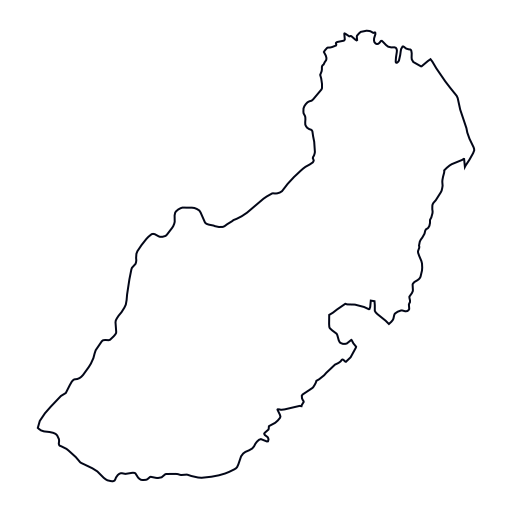 Que Son, Quàng Nam, Vietnam (Robinson projection)
{"feature_id": "81297802B89611140069217", "entity_name": "Que Son", "entity_type": "district", "adm_level": 2, "iso_a3": "VNM", "parent_name": "Vietnam", "parent_adm1": "Quàng Nam", "projection": "robinson", "projection_center": [108.254, 15.725], "detail": "fine", "context": "isolated", "style": "outline", "palette": "ink", "viewbox_px": 512, "rotation_deg": 0, "n_neighbors": 0, "source": "geoboundaries", "source_scale": "gbopen_adm2", "svg_char_len": 5980}
<svg xmlns="http://www.w3.org/2000/svg" viewBox="0 0 512 512"><path d="M129.4,279.3L127.1,294.4L126.6,300.1L125.8,304.6L124.4,307.6L121.5,312.2L118.6,315.7L116.9,318.3L115.8,320.4L115.5,322.3L116.2,331.8L116.1,333.0L115.3,334.4L113.7,336.3L110.0,339.8L108.6,340.2L105.6,340.0L104.0,340.1L102.8,340.4L101.7,341.4L95.7,350.2L94.6,353.5L93.4,358.1L90.9,363.6L88.8,367.0L86.2,370.6L83.1,374.9L81.3,376.8L79.5,378.1L77.3,379.0L74.3,379.4L73.3,380.0L71.8,381.6L69.8,385.1L65.8,393.0L60.9,396.0L50.9,406.5L45.0,413.2L39.8,420.9L37.8,427.9L38.9,428.9L41.0,430.4L44.0,431.4L49.5,432.0L53.1,432.8L55.0,433.6L56.1,434.3L57.2,435.5L58.9,439.1L59.1,440.9L58.8,443.8L59.3,445.3L59.7,445.7L61.3,446.3L66.5,448.9L68.5,450.5L75.8,457.1L80.2,462.3L81.1,462.9L92.4,468.3L97.3,471.4L103.7,477.8L105.8,479.4L107.4,480.3L110.9,481.1L112.6,481.3L113.7,481.0L114.6,480.5L115.3,479.3L116.0,477.5L117.8,475.0L119.2,473.9L120.5,473.3L121.8,473.2L125.4,473.9L132.3,472.8L133.6,472.8L134.8,473.0L135.5,473.5L138.1,477.6L139.5,478.9L141.0,479.8L142.4,480.0L143.6,480.0L146.0,479.8L147.3,479.3L150.0,477.0L150.7,476.8L156.2,477.9L158.0,478.0L161.6,477.3L165.2,474.3L166.1,474.0L175.6,473.9L177.8,474.1L180.3,474.9L181.4,475.0L186.7,474.6L187.7,474.8L191.3,476.0L198.0,477.5L201.5,477.8L211.6,476.7L218.9,475.3L225.1,473.5L229.1,471.9L234.4,469.3L236.0,468.3L237.1,467.1L238.3,464.5L241.1,456.3L243.2,453.5L245.4,451.9L249.1,450.3L252.2,448.5L254.0,446.4L255.4,443.7L257.0,441.6L259.0,439.8L260.9,439.1L267.0,441.5L268.0,441.3L268.5,439.4L268.2,438.2L267.6,437.1L264.8,435.0L264.2,433.8L264.5,433.1L265.3,432.3L268.4,429.6L268.7,428.8L268.9,426.3L269.2,426.0L275.2,422.8L277.8,420.5L279.9,418.0L280.3,417.0L280.4,416.4L279.8,414.5L277.6,410.0L277.5,409.5L277.7,409.3L278.9,409.3L281.0,409.8L282.1,409.7L284.6,409.4L299.6,405.9L301.5,406.2L301.8,405.0L303.7,401.9L303.4,400.9L302.7,399.9L302.0,398.3L301.8,395.7L302.6,394.5L312.5,387.9L313.2,387.2L314.7,384.8L315.8,382.7L316.4,380.8L319.1,379.3L324.1,375.3L326.3,372.8L335.0,364.6L337.8,363.3L339.3,362.4L340.7,361.3L341.7,359.9L342.4,359.5L342.7,359.5L343.7,360.1L345.1,361.5L345.9,361.8L350.6,357.3L355.9,347.6L356.1,346.7L353.4,343.4L351.7,340.2L351.3,339.9L346.8,343.5L345.1,343.9L343.0,343.9L341.1,343.2L339.9,342.5L338.8,340.5L337.3,335.1L336.6,333.7L332.2,330.4L329.8,328.2L329.3,326.9L329.1,324.0L329.2,314.9L332.9,312.7L337.0,309.5L345.3,303.8L347.2,304.4L354.9,304.6L364.1,307.0L368.8,309.2L369.4,309.1L370.2,307.0L370.8,300.6L374.5,301.2L374.8,305.1L374.8,310.8L375.7,312.4L377.4,314.1L385.6,320.7L388.9,324.0L391.3,321.8L392.7,320.1L393.4,318.7L394.2,315.1L394.8,313.7L395.9,312.9L397.7,311.7L401.2,310.4L402.4,310.5L405.3,311.3L406.4,311.2L407.5,311.0L408.7,309.9L409.1,309.3L409.2,308.5L408.9,304.6L409.3,303.3L409.9,302.4L410.0,301.5L410.0,300.4L409.4,297.7L409.4,296.6L411.9,293.1L412.8,291.1L412.9,289.9L412.6,284.6L412.9,283.7L414.4,282.0L417.3,280.3L418.8,279.2L419.7,278.2L420.5,276.8L422.0,270.5L422.2,267.6L422.0,263.5L421.4,261.1L419.2,255.9L418.1,252.8L418.0,251.2L419.2,247.9L419.3,246.8L419.0,245.6L419.8,241.6L420.8,239.6L422.3,237.6L424.5,233.7L425.2,230.8L425.9,229.4L427.7,228.3L428.3,227.7L429.4,225.8L430.0,223.0L430.0,220.4L430.1,219.7L431.3,217.5L432.5,213.1L432.6,211.4L432.3,209.3L432.3,207.2L432.4,205.1L432.9,203.8L433.5,202.8L435.8,200.2L440.8,192.3L441.6,190.7L442.2,188.2L442.6,185.8L442.3,181.8L442.4,180.2L443.0,176.9L444.1,172.8L444.3,171.2L444.2,170.4L446.8,167.8L449.6,165.5L451.7,164.2L462.2,159.9L463.7,158.9L464.1,159.0L464.9,166.9L465.5,165.7L469.4,159.8L473.1,153.2L474.2,150.4L474.1,148.9L473.6,147.3L469.5,138.8L467.3,132.6L466.4,128.1L460.2,109.6L457.7,98.1L456.7,95.9L450.1,87.7L445.2,81.3L436.3,68.3L432.4,61.7L430.5,59.2L427.8,61.1L421.6,66.3L420.9,66.3L413.3,62.0L411.8,59.4L411.6,57.6L411.7,53.2L411.3,50.8L410.9,50.0L410.3,49.5L409.0,49.4L406.2,48.6L403.9,46.8L403.0,46.4L402.5,46.6L401.1,49.1L400.7,51.4L400.2,55.0L399.0,60.4L398.4,61.5L397.4,62.4L396.8,62.8L396.2,62.7L395.8,62.2L395.7,61.3L396.0,57.3L396.8,52.0L396.9,50.3L396.5,48.8L395.8,47.8L394.4,47.3L391.3,47.4L388.2,46.7L386.1,45.1L383.1,42.0L381.9,40.9L381.1,40.9L380.7,41.2L379.4,42.9L378.2,43.8L377.2,44.0L376.3,43.9L375.4,43.3L374.4,42.1L374.0,40.5L374.1,38.3L375.4,34.1L375.3,32.8L374.9,32.4L373.3,32.9L370.5,31.3L369.3,31.0L366.6,30.7L360.7,31.9L359.0,33.4L357.0,35.7L356.8,36.7L357.1,40.1L356.6,40.4L355.3,39.6L351.4,36.2L350.6,36.0L349.8,36.3L349.2,36.3L345.6,33.9L344.6,33.4L344.4,33.5L344.3,33.9L344.8,39.4L344.3,40.3L343.7,40.7L337.2,42.0L336.1,42.7L335.9,43.2L336.3,44.7L336.0,45.5L332.2,47.0L330.2,47.5L327.7,47.6L327.0,48.0L324.8,50.5L323.9,52.0L325.8,55.6L326.4,57.8L326.4,59.0L326.1,60.2L324.7,62.2L323.6,64.5L322.7,65.2L322.1,66.1L321.9,67.0L321.9,69.5L321.6,71.3L320.2,74.9L321.2,78.5L322.0,83.9L322.0,88.1L321.5,89.4L313.2,99.3L311.6,100.7L309.4,101.3L307.5,102.3L305.7,104.2L304.3,106.3L303.5,108.5L303.4,111.8L303.6,113.4L304.9,115.8L305.3,117.1L305.4,119.4L305.2,122.4L305.3,124.7L306.1,126.4L307.2,127.8L309.2,129.1L311.0,129.7L311.9,130.4L312.4,131.4L313.1,136.2L314.2,141.8L314.9,152.0L314.6,153.6L314.0,155.5L313.1,157.0L312.8,158.1L313.4,159.5L313.7,160.5L313.4,161.4L312.8,162.4L309.7,164.5L305.5,166.8L303.1,168.6L300.6,170.8L294.0,177.0L287.7,183.8L282.0,191.2L279.7,192.6L277.0,193.4L275.0,193.5L273.2,193.3L272.2,193.4L266.7,196.5L263.5,198.7L247.0,212.7L241.6,216.3L236.7,218.8L233.4,220.1L232.4,221.0L227.2,224.2L224.5,226.2L222.8,226.9L218.9,227.0L214.7,226.1L213.7,225.6L208.7,224.6L206.7,223.9L205.6,223.2L204.9,222.3L200.6,212.5L199.3,210.5L196.9,209.0L194.4,208.0L192.1,207.7L182.4,207.6L180.6,208.2L178.2,209.5L176.0,211.4L175.2,212.6L174.6,215.4L174.7,221.8L174.2,223.8L173.2,226.2L172.1,227.9L166.9,234.7L165.6,235.9L162.5,236.8L159.9,236.8L158.6,236.3L154.8,234.2L153.4,233.9L152.1,234.0L151.2,234.5L148.4,236.8L146.4,238.9L141.5,245.1L137.4,251.2L136.4,253.8L136.1,257.9L136.3,260.4L136.0,262.4L135.5,263.9L132.0,267.7L131.4,269.3L129.4,279.3Z" fill="none" stroke="#020617" stroke-width="2"/></svg>